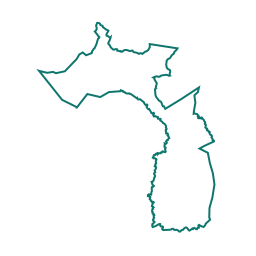 Coicoyán de las Flores, Guerrero, Mexico (Albers equal-area conic projection), rotated 356°
{"feature_id": "50627088B16935461060546", "entity_name": "Coicoyán de las Flores", "entity_type": "district", "adm_level": 2, "iso_a3": "MEX", "parent_name": "Mexico", "parent_adm1": "Guerrero", "projection": "albers", "projection_center": [-98.212, 17.216], "detail": "fine", "context": "isolated", "style": "outline", "palette": "teal", "viewbox_px": 256, "rotation_deg": 356, "n_neighbors": 0, "source": "geoboundaries", "source_scale": "gbopen_adm2", "svg_char_len": 5967}
<svg xmlns="http://www.w3.org/2000/svg" viewBox="0 0 256 256"><g transform="rotate(356 128 128)"><path d="M185.8,233.3L187.1,232.3L189.2,233.7L189.7,233.8L190.5,232.4L191.8,232.3L191.4,230.2L192.1,229.6L194.7,231.4L195.7,231.6L196.5,232.0L198.1,230.5L198.8,229.0L199.3,228.5L203.5,225.2L202.8,223.0L203.7,213.5L207.4,203.0L210.3,190.4L209.5,179.1L207.2,168.6L205.9,158.3L197.9,153.5L202.9,151.2L212.1,147.7L212.8,147.4L212.8,146.6L212.3,146.2L212.0,146.6L211.4,145.8L211.7,145.1L210.6,143.0L211.1,142.4L211.2,141.9L210.5,140.7L209.7,140.5L209.4,140.2L208.9,138.7L209.0,138.1L209.3,137.8L209.0,137.5L208.4,137.6L208.2,137.3L207.9,136.2L206.9,136.0L206.5,135.6L206.9,134.3L206.7,134.0L206.3,134.0L205.3,133.0L205.2,132.6L205.9,130.8L205.8,130.0L205.0,129.5L204.9,129.1L205.4,127.7L204.6,126.6L204.2,125.3L203.0,123.9L202.4,123.8L202.6,123.3L202.6,122.9L202.0,122.7L201.3,123.4L200.7,123.3L200.5,122.7L199.9,122.5L199.3,123.2L198.9,123.1L199.2,122.3L199.7,121.7L199.6,121.4L198.9,121.2L198.4,121.5L198.3,121.3L198.8,120.1L198.2,119.2L195.4,118.1L194.5,118.4L194.9,115.9L197.0,107.4L196.5,100.4L197.0,99.6L200.2,97.1L201.6,92.5L183.6,102.6L166.5,111.5L165.4,108.9L164.3,108.8L164.2,108.6L163.0,104.6L162.7,104.2L160.7,102.7L158.5,99.3L158.0,98.2L157.7,96.7L157.6,91.7L157.6,91.3L158.5,90.5L158.3,90.4L158.7,89.3L158.8,88.4L159.4,87.0L159.8,85.2L159.0,83.8L157.8,81.4L157.9,80.0L156.8,79.4L158.2,78.8L159.8,78.5L160.9,78.6L162.0,79.1L163.9,78.7L164.5,78.1L166.4,77.8L170.3,77.6L172.6,78.8L173.6,78.6L173.1,77.9L174.2,73.9L173.7,73.0L172.1,72.1L170.9,70.5L170.5,67.6L171.3,63.5L172.6,62.1L173.9,61.6L175.1,60.8L175.9,59.7L176.5,58.7L179.1,56.8L179.2,56.0L179.8,55.1L181.7,53.6L182.9,52.0L155.5,45.8L155.4,48.7L154.2,50.8L153.3,51.9L151.7,52.8L150.4,53.1L147.5,55.1L147.0,54.6L145.9,54.3L145.0,54.4L144.3,54.8L143.3,54.4L142.8,53.9L140.7,53.1L139.2,52.8L138.5,52.3L138.0,51.1L136.8,51.1L135.3,51.4L134.1,51.0L133.1,50.4L131.2,50.0L129.9,50.0L128.6,50.7L127.9,51.4L126.4,51.4L126.1,50.7L124.7,50.8L123.6,50.3L122.7,50.1L122.7,48.8L121.2,48.4L120.0,48.8L118.8,48.8L116.8,46.8L116.1,45.7L115.9,45.0L115.1,43.5L114.2,42.6L114.3,41.7L115.5,39.8L116.6,37.5L117.0,36.1L116.3,36.6L114.2,34.8L113.1,34.4L112.9,33.6L113.3,32.5L114.8,30.4L115.2,29.5L114.2,28.8L112.9,28.2L111.1,26.5L110.0,25.7L109.9,24.6L109.3,24.1L107.7,23.4L107.3,22.0L106.2,21.2L104.6,21.0L103.3,23.6L103.6,25.1L103.7,27.0L102.9,28.5L101.6,29.4L104.1,33.0L104.8,34.3L105.8,35.3L105.4,36.2L104.5,36.7L103.2,39.7L102.8,41.2L101.3,44.2L100.1,46.3L99.3,46.6L98.5,47.9L97.7,48.6L97.0,50.8L91.3,52.5L88.1,49.5L84.5,51.3L82.8,53.9L81.6,55.6L69.0,67.0L60.0,68.3L57.1,66.8L51.2,67.3L46.1,65.7L43.2,64.7L64.2,95.3L78.3,103.6L78.2,104.0L78.4,104.0L89.8,91.3L102.5,95.2L111.6,90.8L122.7,90.8L123.4,89.8L124.4,90.6L124.8,90.4L125.5,90.7L125.8,91.7L126.6,91.7L127.6,92.4L127.9,92.9L129.4,93.5L131.0,93.7L131.5,93.5L132.3,94.1L133.2,94.3L138.9,99.0L139.3,98.7L139.4,99.2L140.2,100.3L142.0,100.1L145.7,103.5L146.0,104.7L147.1,106.2L147.6,106.4L148.1,106.0L148.7,106.0L148.9,106.6L148.9,106.9L148.0,108.2L148.7,109.6L149.6,110.6L150.5,110.5L150.9,111.6L151.3,112.2L152.5,114.8L152.9,114.8L153.1,115.0L153.4,115.3L154.0,115.1L154.5,114.6L154.8,114.8L154.9,115.4L154.7,116.0L154.2,116.7L154.1,117.3L154.7,118.3L155.7,118.0L156.1,118.1L156.3,118.4L156.8,118.5L157.2,118.8L158.5,119.1L158.6,119.4L158.4,120.5L158.7,120.9L159.1,120.9L159.8,121.1L160.3,121.0L161.1,121.2L161.1,121.9L160.7,122.7L162.7,124.4L163.3,125.5L164.7,126.3L165.1,127.0L165.6,127.5L166.0,128.7L166.0,129.4L165.8,130.0L166.0,130.6L166.4,131.0L166.4,131.6L166.3,132.1L165.9,132.4L165.6,132.4L165.4,133.7L165.7,134.4L165.9,135.2L165.6,136.0L166.1,136.2L167.2,136.3L167.4,137.2L167.4,137.5L166.9,138.2L167.0,138.4L167.7,138.6L167.8,138.9L167.9,139.6L168.4,140.9L168.1,141.0L167.2,142.1L166.9,142.8L166.0,142.8L165.0,144.0L165.4,144.5L165.7,145.0L165.7,145.4L165.4,145.9L164.9,146.2L164.2,146.2L163.5,145.9L163.5,146.6L163.8,146.9L163.4,147.1L163.0,149.2L163.1,149.5L164.1,150.1L164.2,150.5L163.6,151.2L163.4,151.7L163.7,152.3L163.8,153.4L163.9,154.3L163.6,154.6L162.5,154.5L162.3,154.3L160.7,153.7L160.5,153.8L160.2,154.6L160.1,154.8L159.2,154.7L158.9,154.8L158.7,155.5L156.8,155.3L156.1,156.0L156.1,155.2L155.7,155.0L154.9,155.8L154.2,155.6L153.9,155.7L153.4,156.8L152.0,156.8L151.7,157.3L151.4,158.5L150.7,159.1L151.3,160.0L152.3,160.0L153.8,160.7L153.8,161.5L154.1,161.6L153.3,163.4L153.4,163.8L153.6,165.4L152.8,165.9L152.8,167.0L152.3,167.3L152.0,168.1L153.0,168.7L153.3,169.2L153.0,170.3L152.4,171.5L151.6,172.2L152.1,174.0L150.9,175.0L150.8,175.5L151.1,176.3L151.7,177.4L151.7,178.0L151.3,178.7L150.9,179.0L150.7,179.8L150.4,180.1L150.3,180.9L150.0,181.7L149.2,183.0L148.3,183.1L147.7,183.4L148.2,184.5L148.1,185.1L148.5,186.3L149.8,187.6L148.4,188.7L147.9,188.6L147.5,189.2L147.4,192.7L146.9,193.5L146.5,196.0L145.4,195.7L144.2,195.6L143.2,196.2L143.1,197.4L143.6,197.7L144.5,197.4L145.5,198.3L144.7,200.4L145.5,201.1L145.6,202.2L147.1,203.1L146.8,203.7L147.2,204.3L148.2,203.7L148.5,203.9L147.0,205.7L146.4,207.7L147.5,208.2L148.0,209.0L147.0,209.8L147.3,210.5L146.4,211.3L146.2,212.9L146.5,213.1L146.9,213.7L146.4,214.5L147.1,215.6L147.9,215.8L148.2,216.7L147.4,217.2L147.8,219.3L147.3,219.5L147.1,220.7L146.6,221.0L146.8,222.6L147.3,222.8L147.9,223.4L147.9,223.8L147.1,224.2L146.5,225.2L145.7,225.4L145.3,227.1L145.7,228.5L148.3,227.9L151.5,226.4L152.7,225.9L153.1,225.9L153.4,226.0L153.4,226.3L153.4,227.6L153.7,228.3L154.7,228.7L155.5,228.6L156.0,229.0L156.0,229.7L155.0,231.1L155.1,231.4L155.9,232.2L156.6,232.3L157.9,232.2L159.6,232.4L163.1,232.4L164.0,232.2L164.6,231.7L165.2,231.6L166.4,232.0L166.6,232.2L166.8,232.7L167.2,232.9L168.2,233.0L169.1,232.9L170.1,233.2L170.9,233.8L171.6,234.7L171.9,234.9L172.5,235.0L172.9,234.9L173.5,234.3L174.5,233.6L175.6,233.5L177.2,231.9L178.4,231.3L179.1,231.3L179.8,231.7L180.2,232.1L181.0,233.6L181.6,234.3L182.0,234.6L182.6,234.5L185.3,232.7L185.8,233.3Z" fill="none" stroke="#0f766e" stroke-width="2"/></g></svg>